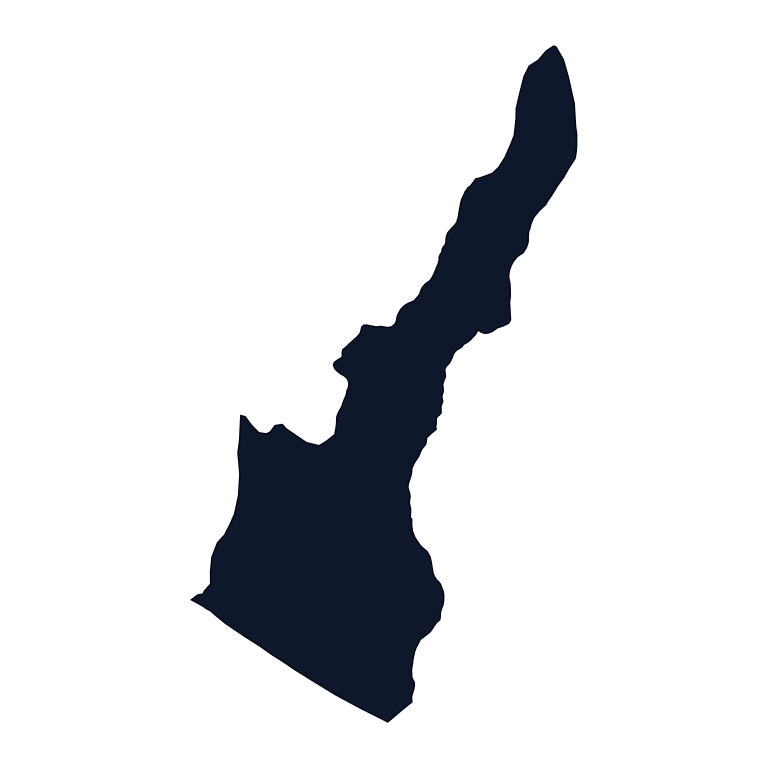 outline of Yoeseltse, Samchi, Bhutan
{"feature_id": "84629894B70559788539296", "entity_name": "Yoeseltse", "entity_type": "district", "adm_level": 2, "iso_a3": "BTN", "parent_name": "Bhutan", "parent_adm1": "Samchi", "projection": "equal_earth", "projection_center": [88.985, 26.964], "detail": "fine", "context": "isolated", "style": "filled", "palette": "ink", "viewbox_px": 768, "rotation_deg": 0, "n_neighbors": 0, "source": "geoboundaries", "source_scale": "gbopen_adm2", "svg_char_len": 4215}
<svg xmlns="http://www.w3.org/2000/svg" viewBox="0 0 768 768"><path d="M240.8,415.6L239.7,439.9L238.0,452.7L239.9,474.2L239.7,477.6L238.6,495.6L236.6,505.0L234.5,514.4L230.3,523.9L224.6,535.1L217.5,542.8L211.9,557.4L210.6,572.0L210.7,584.0L204.4,591.1L203.2,594.0L197.6,595.1L191.4,599.8L197.1,602.8L203.1,606.2L206.2,608.5L210.8,610.9L216.0,615.6L225.7,623.5L244.8,636.4L259.4,645.7L271.6,654.3L283.3,661.7L286.8,664.1L295.0,669.7L313.3,681.1L335.7,694.8L361.9,708.9L387.8,721.9L401.7,710.1L408.1,704.9L410.2,703.3L411.8,702.0L411.5,696.5L412.8,692.3L413.7,689.1L414.4,684.9L414.0,681.8L412.5,679.3L411.7,677.0L411.6,673.8L411.4,671.4L411.8,667.0L412.5,663.0L412.8,660.1L413.7,655.7L414.3,652.4L415.2,649.9L416.1,647.3L417.2,645.6L418.1,643.7L420.2,639.4L421.8,638.3L424.3,636.4L426.6,634.7L430.2,631.6L431.7,629.7L433.7,626.6L436.8,622.2L438.7,620.8L439.9,619.2L440.2,616.7L440.4,612.1L441.7,608.0L443.0,604.6L443.6,600.3L443.7,596.9L443.6,594.6L443.2,591.5L441.6,587.3L440.5,584.3L438.8,582.1L436.4,579.7L434.8,577.2L433.2,574.0L432.7,571.7L432.3,569.2L431.2,562.1L430.0,556.8L428.7,554.3L427.0,551.6L424.6,549.5L421.6,546.9L419.7,544.8L418.2,542.5L416.9,540.6L414.9,537.6L413.6,534.4L412.6,531.9L412.2,529.5L411.6,524.9L411.6,522.4L411.7,519.2L410.3,517.7L410.6,509.2L409.5,504.0L409.3,501.2L410.1,496.8L409.7,493.9L407.9,487.6L408.2,484.0L409.0,481.4L410.5,477.1L411.1,474.7L411.5,472.3L411.7,469.4L412.2,467.2L414.3,462.9L417.1,458.5L418.5,456.6L420.3,452.1L421.6,449.3L423.7,446.6L425.6,444.3L426.2,441.8L426.6,437.7L428.4,436.0L430.7,433.8L432.9,432.0L436.2,429.1L435.5,426.9L436.2,424.1L436.1,421.7L436.3,418.4L437.3,416.6L439.9,414.4L441.1,412.8L441.0,409.1L440.8,406.8L441.9,403.7L442.7,401.3L441.8,397.1L442.1,394.6L443.0,392.5L443.3,389.1L442.6,384.8L443.3,382.1L444.2,379.7L445.5,376.4L445.1,373.0L444.6,369.6L445.8,366.8L448.1,364.4L449.4,362.9L450.9,360.3L452.1,357.6L452.9,355.5L453.8,353.1L455.3,351.4L457.0,349.8L459.9,348.1L462.2,346.5L463.3,344.6L465.5,343.2L467.4,342.3L470.3,339.8L472.9,337.1L475.3,334.5L476.6,332.2L478.6,329.8L480.6,331.8L484.5,333.3L488.2,332.9L492.0,331.6L497.3,327.8L503.6,325.7L508.5,323.3L510.5,319.9L509.5,302.3L510.3,296.1L510.2,290.4L509.9,283.6L508.6,277.3L509.2,270.9L511.2,265.3L513.5,261.2L517.2,256.6L523.1,252.7L526.5,247.2L528.2,241.8L528.2,237.5L528.5,231.8L529.8,228.3L530.8,224.1L533.7,217.3L539.3,210.5L545.7,204.5L547.1,201.8L552.0,194.6L557.4,185.8L563.6,177.3L568.8,168.0L574.9,158.7L575.6,155.7L576.2,151.4L576.6,146.3L576.6,137.9L576.6,135.4L576.5,133.1L575.7,127.6L575.4,124.2L574.2,103.6L568.2,76.8L563.3,59.7L556.0,47.0L553.6,46.1L546.2,51.0L538.3,60.3L529.3,66.0L524.1,76.4L519.6,94.2L516.3,108.7L516.1,119.0L515.2,127.6L514.3,135.4L511.0,143.9L504.9,157.7L498.7,167.4L492.6,173.3L479.4,178.2L476.0,178.8L470.4,186.1L468.1,187.7L465.2,191.8L463.9,194.9L461.9,198.8L460.7,203.2L459.4,210.5L459.0,212.8L458.4,216.9L457.6,219.6L456.9,222.2L455.5,224.2L451.7,228.4L449.4,231.0L447.9,232.7L446.4,236.7L446.1,239.3L446.0,242.1L445.1,245.0L443.5,246.8L442.4,248.6L441.9,252.0L440.2,254.6L439.2,257.1L439.2,260.3L438.5,263.1L436.1,268.7L434.0,274.0L432.6,276.7L431.2,279.0L429.5,281.1L427.2,282.6L425.0,284.4L422.6,287.1L421.3,289.5L419.8,294.0L418.2,296.3L416.2,298.5L414.1,300.9L411.8,301.9L408.2,303.4L404.7,305.5L402.5,307.6L401.1,309.1L399.7,311.2L398.1,314.3L397.2,316.6L396.6,320.3L395.2,323.9L391.8,326.8L389.8,327.3L388.0,327.6L384.6,327.1L382.3,326.7L380.3,326.5L378.2,326.8L375.6,326.9L373.2,326.4L370.7,326.0L367.0,325.1L363.8,325.2L361.8,327.1L361.1,330.4L360.0,333.7L357.1,336.9L355.4,338.5L353.2,340.5L350.2,343.1L347.5,345.8L344.5,348.4L342.9,349.6L342.3,351.9L342.4,355.5L341.8,357.6L337.6,360.0L334.5,362.3L333.5,364.8L334.8,368.6L337.3,371.2L341.1,374.1L343.9,375.6L346.3,377.5L347.7,379.3L348.8,382.4L348.8,385.2L348.3,388.0L347.0,390.7L346.6,393.1L346.2,395.2L344.5,399.1L343.6,401.4L342.7,403.8L342.0,406.3L340.0,409.8L338.0,413.7L336.9,416.8L336.7,419.3L336.7,422.2L336.4,425.2L335.8,429.7L335.2,432.2L334.9,434.6L333.4,435.8L326.3,441.4L319.1,445.8L306.4,442.7L286.0,428.8L282.3,424.5L275.1,425.6L270.1,432.2L266.5,433.9L258.8,432.8L251.5,425.3L245.1,416.7L240.8,415.6Z" fill="#0f172a" stroke="#020617" stroke-width="1.5"/></svg>